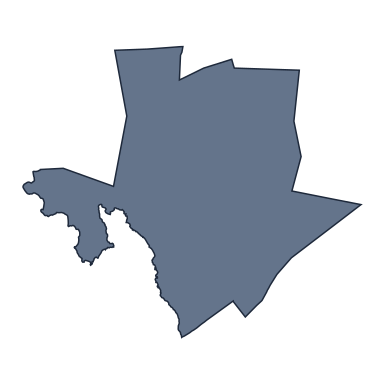 Lefaga & Faleseela, A'ana, Samoa (Robinson projection)
{"feature_id": "51752279B23927704068678", "entity_name": "Lefaga & Faleseela", "entity_type": "district", "adm_level": 2, "iso_a3": "WSM", "parent_name": "Samoa", "parent_adm1": "A'ana", "projection": "robinson", "projection_center": [-171.973, -13.928], "detail": "fine", "context": "isolated", "style": "filled", "palette": "slate", "viewbox_px": 384, "rotation_deg": 0, "n_neighbors": 0, "source": "geoboundaries", "source_scale": "gbopen_adm2", "svg_char_len": 4377}
<svg xmlns="http://www.w3.org/2000/svg" viewBox="0 0 384 384"><path d="M182.9,46.6L180.0,46.7L165.3,47.8L147.3,49.1L114.8,50.3L126.8,116.1L113.5,186.4L107.4,184.2L63.2,168.3L40.3,169.5L40.1,170.1L38.8,170.6L38.2,171.0L36.1,171.5L33.5,171.4L33.0,171.8L33.5,175.0L33.9,176.9L34.3,177.6L34.2,178.9L34.5,180.1L33.8,181.4L32.5,182.1L31.7,182.9L31.1,183.0L29.3,182.2L28.3,182.1L27.3,182.4L24.1,184.4L23.2,185.9L23.0,186.9L23.2,187.7L25.0,190.7L26.9,193.1L27.9,193.8L29.4,194.2L30.0,193.9L32.1,193.9L33.4,193.0L34.6,193.0L35.2,193.2L38.2,194.9L39.1,195.8L39.9,197.1L40.8,198.2L42.2,198.4L43.1,199.0L43.4,199.8L44.3,202.6L43.7,206.7L43.1,209.6L41.9,209.3L41.1,209.7L40.8,210.9L41.4,212.0L43.1,213.3L44.6,215.2L45.2,215.6L47.1,215.5L47.8,216.3L48.5,216.5L49.7,215.5L51.3,214.9L52.5,215.1L53.9,214.4L55.9,213.6L56.5,212.5L59.0,212.7L61.6,212.5L63.9,213.2L65.0,214.1L66.7,214.9L67.6,215.9L67.8,216.6L68.2,220.2L68.3,223.5L68.0,225.9L68.7,226.5L70.1,225.7L71.6,225.9L72.9,225.4L73.8,225.7L75.4,227.4L75.9,228.9L76.3,229.3L78.4,229.4L79.7,232.0L79.8,235.2L79.5,235.9L78.5,237.2L78.8,239.0L78.8,240.3L78.5,242.6L77.9,244.2L76.0,246.5L75.2,246.9L74.6,246.8L74.3,247.4L74.7,248.2L75.6,248.7L77.0,251.2L77.2,252.7L78.3,254.4L79.4,256.6L80.3,257.0L81.2,258.0L82.0,258.4L81.8,260.9L82.6,262.1L84.1,262.1L84.3,261.0L85.3,260.4L86.5,260.6L89.1,261.4L90.4,262.2L90.8,263.3L90.3,264.6L90.6,265.2L92.0,264.1L92.3,263.5L92.0,262.9L92.2,261.7L93.1,261.8L93.5,260.4L94.0,259.8L93.9,259.1L95.1,257.6L96.2,257.1L97.6,258.1L98.0,258.1L98.8,256.1L100.9,253.1L102.1,250.5L104.2,249.3L105.2,249.3L105.4,249.7L106.2,248.6L107.0,248.5L107.6,247.5L108.3,247.5L109.1,247.9L110.3,247.2L112.1,247.4L112.6,246.9L113.6,247.1L113.8,245.7L113.1,243.8L112.4,243.3L111.3,243.6L109.9,243.6L109.1,242.2L108.2,242.1L107.0,240.3L106.9,239.5L107.0,237.6L107.5,236.6L107.6,235.8L107.4,234.3L106.4,233.6L105.9,230.5L106.5,228.8L105.9,226.6L105.1,225.6L105.0,224.5L104.7,224.4L104.3,223.1L102.4,221.8L102.0,219.8L101.6,219.3L100.0,218.2L99.6,216.3L99.6,214.0L99.1,212.4L99.0,210.7L98.5,209.2L98.8,208.4L98.4,206.4L98.6,205.6L99.5,204.8L101.1,204.3L101.8,204.8L101.9,206.0L102.3,207.0L105.2,207.9L105.9,208.7L106.1,209.3L105.2,210.7L105.2,211.3L105.9,212.6L107.9,213.8L109.2,214.2L110.2,214.5L110.5,213.6L110.3,212.2L110.6,211.8L112.8,211.1L113.5,210.3L114.4,209.7L114.2,208.5L114.5,208.0L115.7,207.9L117.2,208.8L118.4,208.8L119.4,209.7L121.4,210.1L122.3,209.6L123.6,211.0L124.3,212.0L123.9,212.9L124.0,213.5L124.6,214.0L125.9,213.9L125.5,215.6L125.9,216.1L127.1,216.2L127.3,218.7L126.7,220.0L126.5,221.6L126.2,222.5L127.8,222.7L129.7,223.9L130.3,225.5L129.8,226.1L129.8,226.5L131.2,228.3L132.2,228.8L132.5,230.0L133.3,229.7L133.9,230.5L134.3,230.3L135.7,231.0L135.8,231.6L137.1,231.9L138.0,232.7L138.3,233.4L140.2,234.7L140.3,235.2L141.7,236.2L142.5,236.5L142.7,237.2L143.2,237.0L143.5,237.6L144.2,237.9L145.3,239.3L147.9,243.8L149.3,245.5L149.1,247.0L149.6,247.1L150.4,248.0L151.2,248.4L152.4,250.0L154.3,253.6L154.9,255.8L154.6,256.7L153.1,258.4L152.9,259.3L152.0,260.2L152.3,261.4L152.4,262.5L153.0,263.0L153.4,264.7L154.4,264.8L154.8,265.2L155.6,267.1L155.0,267.7L154.9,269.5L155.4,269.6L155.5,268.9L156.0,268.6L156.4,270.2L157.4,271.3L157.7,272.7L156.8,274.4L155.8,275.1L155.7,275.8L156.1,276.6L157.2,276.7L157.5,277.9L157.2,278.2L156.0,278.1L155.4,278.8L155.2,279.6L156.0,281.4L155.9,282.4L157.0,282.4L158.1,284.9L157.4,286.0L158.3,286.4L157.6,287.0L158.3,287.9L159.1,287.7L160.6,290.2L160.7,291.1L160.5,292.6L161.0,293.0L160.2,295.1L160.5,295.9L161.0,296.2L161.7,297.5L163.5,298.2L165.0,300.5L167.4,301.3L168.6,302.8L168.9,304.7L170.1,305.6L170.8,306.8L172.1,307.5L173.0,308.5L173.4,309.6L174.2,309.8L175.1,310.9L176.0,312.8L176.5,313.1L177.2,314.1L177.8,315.6L178.2,317.3L178.6,318.5L179.1,319.1L179.0,321.4L179.3,323.1L178.3,325.9L178.2,329.2L178.6,330.3L179.3,331.0L180.4,332.4L180.7,334.2L181.3,335.1L181.7,337.4L182.5,336.8L184.2,336.1L189.6,332.8L192.1,330.9L193.6,330.1L196.8,327.9L201.3,324.2L204.4,322.0L206.6,320.2L212.0,316.3L233.2,301.0L233.3,301.6L245.3,317.0L256.8,305.3L261.5,301.0L262.1,300.3L266.6,292.1L267.5,290.0L268.4,288.6L270.1,285.3L276.9,274.4L291.4,257.8L333.2,225.9L361.0,204.6L328.7,198.3L291.9,191.0L301.1,156.6L293.9,121.2L299.3,70.2L277.0,69.5L234.3,68.1L233.3,65.0L231.7,59.3L203.7,68.1L179.4,80.0L180.5,55.2L181.9,52.2L182.9,46.6Z" fill="#64748b" stroke="#1e293b" stroke-width="1.5"/></svg>